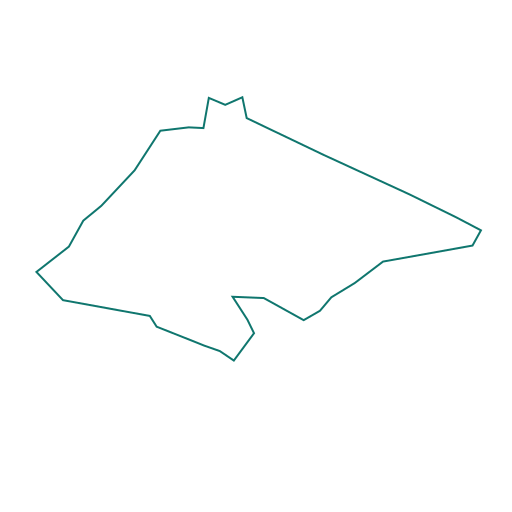 Falmèy, Dosso, Niger (Mercator projection), rotated 299°
{"feature_id": "23599985B42967903288320", "entity_name": "Falmèy", "entity_type": "district", "adm_level": 2, "iso_a3": "NER", "parent_name": "Niger", "parent_adm1": "Dosso", "projection": "mercator", "projection_center": [2.799, 12.563], "detail": "fine", "context": "isolated", "style": "outline", "palette": "teal", "viewbox_px": 512, "rotation_deg": 299, "n_neighbors": 0, "source": "geoboundaries", "source_scale": "gbopen_adm2", "svg_char_len": 570}
<svg xmlns="http://www.w3.org/2000/svg" viewBox="0 0 512 512"><g transform="rotate(299 256 256)"><path d="M152.5,254.1L155.3,270.5L153.8,287.3L187.5,291.7L196.1,279.4L209.0,255.3L223.0,283.2L223.0,328.8L239.1,338.5L256.4,341.9L280.3,355.5L312.7,369.8L370.1,440.3L387.5,440.3L386.9,412.7L384.3,360.5L377.2,266.1L372.1,181.0L388.2,167.1L373.3,155.8L371.4,138.1L342.4,148.0L335.9,134.8L319.2,111.6L272.1,108.3L225.0,96.4L203.2,87.8L173.5,87.8L135.6,71.7L123.8,108.6L152.1,192.2L146.0,203.4L151.6,246.7L152.5,254.1Z" fill="none" stroke="#0f766e" stroke-width="2"/></g></svg>